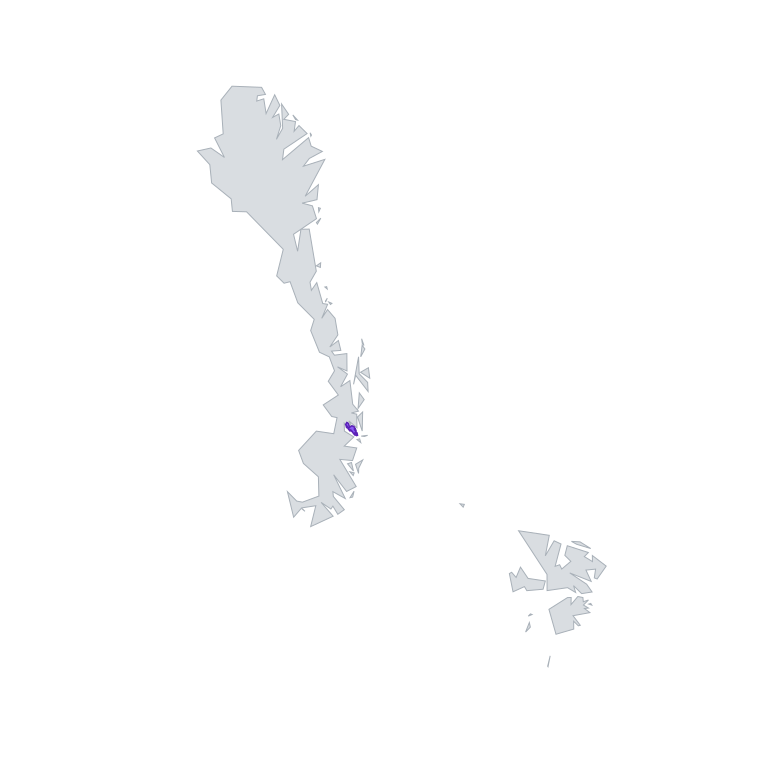 location of Lyngen nor, Troms, Norway, rotated 128°
{"feature_id": "86288312B24921561512033", "entity_name": "Lyngen nor", "entity_type": "district", "adm_level": 2, "iso_a3": "NOR", "parent_name": "Norway", "parent_adm1": "Troms", "projection": "albers", "projection_center": [20.09, 69.689], "detail": "fine", "context": "in_parent", "style": "filled", "palette": "violet", "viewbox_px": 768, "rotation_deg": 128, "n_neighbors": 0, "source": "geoboundaries", "source_scale": "gbopen_adm2", "svg_char_len": 6607}
<svg xmlns="http://www.w3.org/2000/svg" viewBox="0 0 768 768"><g transform="rotate(128 384 384)"><path d="M454.1,393.0L439.4,400.3L441.8,405.2L437.9,419.0L420.8,413.2L416.2,429.6L404.1,431.1L396.3,443.8L398.7,454.4L387.0,474.7L376.0,478.8L373.1,501.9L361.2,521.0L366.1,524.8L364.9,535.1L339.9,546.3L332.9,598.3L341.3,609.7L332.2,618.4L331.7,643.6L318.4,656.3L315.3,674.5L304.6,665.7L303.7,649.2L294.4,669.0L285.9,664.7L260.7,687.3L242.9,687.1L225.6,663.1L228.8,655.7L234.8,661.2L239.4,658.5L233.3,654.3L243.5,643.4L223.4,648.2L228.6,637.6L242.5,635.9L236.0,633.1L244.0,624.4L257.4,619.4L244.9,621.3L226.4,637.1L230.2,625.2L237.1,625.9L231.7,615.3L240.2,610.4L232.7,610.1L234.0,598.8L260.6,607.5L269.7,602.1L236.3,595.1L241.4,587.8L238.7,575.8L252.2,581.7L262.0,581.6L243.4,568.9L284.6,561.7L267.3,558.4L280.0,550.3L291.9,559.9L287.7,550.1L295.3,539.0L321.7,547.5L332.6,533.8L313.2,544.7L308.0,538.3L336.8,506.8L349.3,505.0L354.9,498.9L345.5,499.4L358.3,481.8L355.9,477.5L370.6,473.5L360.1,474.3L362.4,463.0L373.7,450.6L388.2,449.5L377.8,446.7L384.1,438.7L390.4,445.6L391.8,440.8L382.9,432.0L396.5,421.2L399.1,431.2L398.7,418.9L412.9,416.5L402.3,413.0L419.2,396.2L421.1,387.4L426.9,391.9L424.6,386.9L435.2,378.3L434.7,389.0L441.4,374.3L439.3,391.3L445.5,386.2L444.3,375.2L457.4,377.1L451.2,366.1L463.7,361.7L470.6,372.4L481.9,342.8L491.7,347.3L486.5,367.8L498.1,344.0L500.3,358.0L503.8,354.7L507.5,337.9L515.1,340.2L511.7,349.1L515.2,348.9L516.0,360.7L519.5,342.7L541.5,354.0L521.9,362.8L532.3,372.6L544.6,373.2L528.3,393.8L530.0,380.7L527.3,375.5L512.4,366.3L497.5,378.6L496.2,398.6L488.9,410.4L462.8,408.3L454.1,393.0ZM419.8,92.0L427.5,99.2L426.2,110.5L430.3,104.6L431.5,114.0L446.4,128.3L433.7,138.3L416.8,187.6L401.5,160.6L420.1,151.1L402.8,153.4L401.1,146.0L422.3,136.9L418.3,134.3L420.4,130.0L408.7,127.6L407.7,136.0L398.6,140.0L391.0,119.2L396.7,119.9L395.6,110.4L390.9,114.2L390.7,96.8L406.4,96.0L407.3,98.9L399.6,103.3L406.3,110.3L412.0,99.2L418.5,121.3L417.0,101.1L419.8,92.0ZM437.4,81.0L450.2,92.4L453.3,80.8L454.9,82.0L454.2,88.5L460.3,83.6L475.3,94.4L460.0,115.3L439.3,107.9L437.0,105.1L442.7,100.8L432.1,100.4L429.8,95.8L432.9,92.9L428.3,89.9L435.4,90.8L434.7,85.0L437.5,87.8L437.4,81.0ZM447.8,132.3L458.9,144.2L457.2,148.6L468.3,154.4L456.2,168.5L453.8,167.5L455.1,160.8L444.3,163.7L448.5,150.8L439.9,135.6L447.8,132.3ZM394.6,411.7L403.0,407.8L378.2,420.8L391.2,409.9L392.8,397.9L399.7,391.9L394.6,411.7ZM408.5,390.0L419.2,389.4L406.2,398.0L408.5,390.0ZM419.2,383.6L434.5,372.2L426.3,384.5L419.2,383.6ZM386.4,119.8L391.7,133.6L392.6,139.4L387.7,132.3L386.4,119.8ZM388.2,398.8L389.2,409.7L380.8,406.3L388.2,398.8ZM470.1,349.0L464.8,357.0L456.9,354.0L465.9,352.1L470.1,349.0ZM471.4,354.5L469.3,363.6L465.9,361.3L471.4,354.5ZM368.2,420.6L376.9,419.1L366.9,425.1L368.2,420.6ZM505.6,81.3L495.9,85.7L505.8,80.7L505.6,81.3ZM485.5,119.0L492.3,119.7L482.5,122.6L485.5,119.0ZM486.9,341.6L492.4,339.1L494.5,340.8L486.9,341.6ZM475.1,351.9L474.2,356.9L472.4,352.8L475.1,351.9ZM444.5,366.2L444.4,371.1L442.2,369.4L444.5,366.2ZM432.3,245.8L431.6,250.4L429.4,246.6L432.3,245.8ZM478.1,127.4L475.0,127.1L474.5,125.4L478.1,127.4ZM331.3,505.9L332.6,510.1L327.5,508.5L331.3,505.9ZM434.5,365.3L437.4,367.1L439.1,369.9L434.5,365.3ZM430.3,84.1L431.4,87.2L429.6,86.0L430.3,84.1ZM298.4,536.7L292.2,535.9L299.0,534.9L298.4,536.7ZM288.4,541.4L285.4,544.2L284.7,542.3L288.4,541.4ZM365.4,426.1L362.1,429.5L366.0,423.5L365.4,426.1ZM230.1,616.5L228.1,621.5L229.3,614.6L230.1,616.5ZM353.4,478.0L352.5,474.7L354.3,475.1L353.4,478.0ZM533.0,367.9L532.9,371.9L532.6,371.2L533.0,367.9ZM354.7,481.2L351.3,481.5L355.5,480.5L354.7,481.2ZM344.1,487.2L344.0,490.3L342.6,489.1L344.1,487.2ZM233.8,594.2L231.5,596.9L232.5,594.4L233.8,594.2Z" fill="#d9dde1" stroke="#a8b0b8" stroke-width="1"/><path d="M437.2,389.6L438.6,389.4L439.8,389.2L439.8,388.9L439.8,388.7L439.8,388.4L439.9,388.2L440.0,387.9L439.9,387.8L440.0,387.6L440.0,387.3L440.1,387.5L440.1,387.4L440.2,387.5L440.2,387.8L440.3,387.8L440.2,387.9L440.2,388.1L440.3,388.0L440.5,387.9L440.6,387.7L440.6,387.4L440.7,387.1L440.8,387.0L440.7,387.0L440.6,386.9L440.4,387.0L440.4,386.9L440.3,387.0L440.4,386.9L440.4,386.7L440.5,386.5L440.5,386.4L440.6,386.2L440.4,386.1L440.5,386.1L440.6,385.9L440.7,385.7L440.9,385.7L441.0,385.5L440.9,385.5L440.7,385.5L440.5,385.4L440.4,385.2L440.5,385.0L440.5,384.9L440.4,384.7L440.5,384.7L440.8,384.6L440.9,384.4L441.0,384.4L441.1,384.5L441.3,384.4L441.4,384.2L441.5,383.8L441.6,383.7L441.7,383.3L441.7,383.2L441.7,382.9L441.4,382.7L441.1,382.6L441.0,382.4L440.9,382.4L440.9,381.9L440.8,381.7L440.8,381.8L440.7,381.7L440.9,381.4L441.0,381.2L440.9,380.8L440.9,380.7L441.0,380.8L441.1,380.7L441.2,379.9L441.2,379.6L441.3,379.0L441.4,378.8L441.4,378.7L441.5,378.4L441.6,378.1L441.7,377.9L441.7,377.6L441.8,377.3L441.7,377.2L441.8,376.9L441.9,376.7L442.0,376.6L442.1,376.2L442.1,375.8L442.1,375.7L441.9,375.7L441.8,375.3L441.8,375.2L441.7,374.9L441.7,374.5L441.6,374.4L441.5,374.2L441.5,373.9L441.4,373.9L441.3,373.7L441.2,373.7L440.9,373.5L440.8,373.4L440.7,373.6L440.7,373.8L440.6,374.0L440.4,374.1L440.3,374.3L440.2,374.5L440.1,374.8L440.1,375.0L440.0,375.4L440.0,375.5L439.9,375.5L440.0,375.6L439.9,375.7L440.0,375.8L439.9,375.8L440.0,375.9L440.0,376.1L440.2,376.4L440.3,376.6L440.3,376.8L440.2,376.8L440.1,376.7L440.0,376.4L440.0,376.2L439.9,376.1L439.9,375.9L439.8,375.7L439.8,375.4L439.9,375.2L439.9,374.8L439.9,374.6L439.8,374.3L439.6,374.5L439.5,374.8L439.4,375.0L439.4,375.3L439.3,375.6L439.0,376.2L438.9,376.6L438.8,376.9L438.7,377.0L438.7,377.3L438.6,377.7L438.5,377.8L438.5,378.0L438.4,378.2L438.4,378.3L438.3,378.5L438.2,378.8L438.2,379.1L438.1,379.3L437.9,379.4L437.8,379.2L437.9,378.9L437.9,378.7L438.1,378.1L438.2,377.8L438.2,377.5L438.2,377.4L438.2,377.2L437.9,377.4L437.9,377.5L437.7,377.7L437.7,377.8L437.5,378.1L437.5,378.3L437.4,378.5L437.3,378.8L437.2,378.9L437.1,379.0L436.8,379.2L436.8,379.3L436.7,379.4L436.7,379.7L436.7,379.9L436.8,379.9L436.8,380.3L436.6,380.5L436.4,380.6L436.3,380.8L436.2,380.9L436.2,381.0L436.1,381.4L436.0,381.5L436.0,381.8L436.3,382.1L436.4,382.3L436.5,382.4L436.5,382.5L436.4,382.7L436.4,382.8L436.5,382.9L436.5,383.1L436.6,383.3L436.7,383.5L436.9,383.6L437.0,383.7L437.4,383.8L437.7,383.9L437.8,384.0L438.2,384.3L438.5,384.4L438.9,384.4L439.2,384.4L439.3,384.3L439.6,384.4L439.7,384.5L439.4,384.4L439.0,384.5L438.6,384.5L438.6,384.9L438.6,385.2L438.6,385.3L438.6,385.5L437.1,387.7L437.0,388.8L437.2,389.6ZM441.9,381.8L441.7,381.7L441.6,381.8L441.5,382.0L441.6,382.3L441.7,382.5L441.8,382.4L441.9,382.2L442.0,382.0L441.9,381.8L441.9,381.8Z" fill="#8b5cf6" stroke="#5b21b6" stroke-width="1.5"/></g></svg>